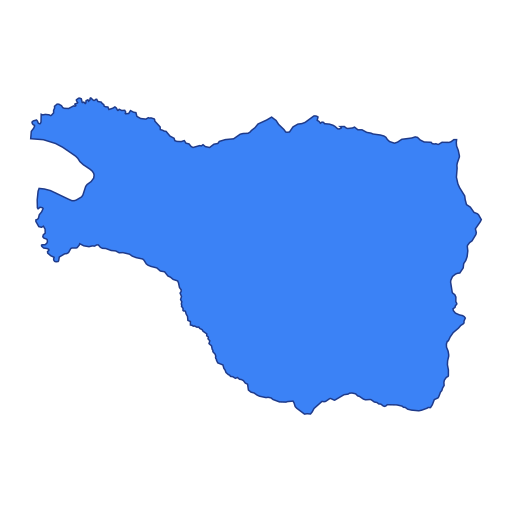 the district of Chaguaní, Cundinamarca, Colombia
{"feature_id": "7082276B58224372670541", "entity_name": "Chaguaní", "entity_type": "district", "adm_level": 2, "iso_a3": "COL", "parent_name": "Colombia", "parent_adm1": "Cundinamarca", "projection": "mercator", "projection_center": [-74.667, 4.95], "detail": "fine", "context": "isolated", "style": "filled", "palette": "blue", "viewbox_px": 512, "rotation_deg": 0, "n_neighbors": 0, "source": "geoboundaries", "source_scale": "gbopen_adm2", "svg_char_len": 5977}
<svg xmlns="http://www.w3.org/2000/svg" viewBox="0 0 512 512"><path d="M418.8,410.8L421.6,410.2L427.1,408.2L428.1,407.5L430.5,407.6L432.3,404.8L434.3,399.6L438.0,397.9L438.7,396.8L440.5,392.1L441.8,390.6L442.6,388.0L444.1,385.5L443.9,382.3L444.4,380.1L446.3,377.4L448.1,376.4L448.4,375.5L448.4,370.0L447.4,364.7L447.6,360.8L448.7,356.2L448.7,354.7L448.1,351.1L446.5,347.2L446.4,344.0L447.3,341.3L448.3,340.9L450.2,336.9L453.2,332.6L458.5,328.1L460.7,325.5L463.3,323.8L464.0,322.9L464.0,321.1L465.3,318.1L464.3,316.7L462.6,315.6L459.4,314.9L455.4,313.1L453.4,310.7L453.0,308.8L455.0,307.4L455.4,305.7L456.7,304.3L456.8,303.5L455.8,301.6L455.9,297.1L454.8,294.7L452.6,293.0L452.2,292.2L450.6,282.1L450.8,280.3L452.5,276.5L455.5,274.1L457.5,273.3L459.8,273.0L463.2,267.9L463.7,263.6L465.8,260.4L467.1,256.7L467.8,250.9L467.3,246.5L467.5,245.4L469.6,242.6L472.0,240.9L475.9,234.5L476.3,232.6L475.4,228.8L480.3,221.7L481.3,219.6L478.5,214.7L477.3,213.7L474.0,212.4L470.3,207.1L466.5,204.6L465.2,199.7L464.7,195.9L459.6,187.7L457.9,183.9L456.4,177.2L457.1,168.3L456.9,165.2L457.3,163.0L459.4,156.9L459.4,155.8L458.3,150.5L456.6,146.1L456.3,142.6L456.6,139.6L453.9,139.6L451.1,141.7L449.1,142.4L442.0,142.3L438.5,144.4L437.8,144.4L435.8,143.7L435.0,144.0L432.9,143.8L432.1,143.5L431.1,142.3L424.2,142.0L420.2,140.0L417.5,137.4L415.2,136.9L411.8,138.0L401.8,139.3L397.6,142.1L394.5,143.2L389.6,141.6L387.4,139.6L385.9,137.3L383.9,136.0L380.3,135.0L373.0,134.0L370.9,133.1L366.8,132.4L362.0,129.8L357.9,129.8L354.5,127.1L352.5,128.0L347.7,128.5L346.5,128.2L344.3,126.5L340.3,126.6L341.3,127.3L341.2,128.1L339.2,129.0L337.7,128.8L334.8,126.3L332.9,125.2L329.4,124.1L324.5,123.7L323.6,122.4L322.0,122.1L320.4,123.2L319.1,121.5L317.2,120.3L318.0,117.0L316.7,116.2L315.0,115.9L313.8,116.0L305.1,122.4L301.9,123.6L297.9,124.1L293.0,126.9L289.5,132.0L287.0,132.3L285.7,132.0L283.9,129.5L278.6,124.4L276.1,120.5L271.6,117.1L266.7,120.0L258.0,124.0L255.0,127.7L251.5,130.4L249.9,132.2L248.0,133.3L243.1,133.5L240.2,134.2L233.6,138.8L225.3,139.6L219.3,141.4L217.8,143.5L213.9,144.2L209.6,147.5L205.3,146.6L203.0,144.7L201.4,145.9L199.6,145.6L193.0,147.5L191.1,146.5L189.0,143.9L186.0,143.2L184.3,140.6L181.2,141.6L176.8,141.4L174.8,140.6L174.1,138.3L170.0,136.1L166.1,131.4L164.2,131.1L162.5,130.2L160.3,129.6L160.1,126.9L154.8,121.1L154.7,119.8L154.2,118.9L151.0,117.9L149.6,118.1L148.3,117.7L145.9,119.1L140.6,118.5L136.9,116.4L135.9,112.6L133.5,112.2L130.5,110.6L128.7,113.5L125.7,113.8L125.3,113.5L125.7,112.0L124.7,110.3L121.7,110.5L119.2,109.3L118.2,110.4L117.6,110.4L116.3,108.0L114.9,106.9L112.8,108.2L108.9,109.5L107.9,107.0L105.6,106.8L104.2,106.2L103.7,104.5L102.3,103.6L101.2,102.1L97.9,101.5L96.7,99.3L95.9,99.3L94.5,100.4L93.5,100.4L90.8,97.9L90.1,98.3L90.0,99.8L88.6,101.2L87.9,99.8L86.1,100.6L85.8,103.0L85.2,103.5L83.8,102.1L82.7,102.6L82.2,102.4L81.3,98.8L79.7,98.1L78.6,98.2L76.4,99.8L76.4,100.5L77.7,102.7L77.2,103.2L75.0,103.9L74.9,104.5L75.8,105.3L75.8,105.7L74.9,106.2L73.6,105.9L68.6,108.5L64.2,108.3L62.7,107.6L61.5,105.7L58.9,104.2L57.1,104.1L54.5,106.3L54.6,108.1L53.6,110.3L53.6,112.9L51.3,115.4L50.6,115.6L49.0,114.8L45.3,114.4L42.6,114.9L41.2,114.3L41.0,122.0L40.3,123.6L39.5,123.8L38.3,123.2L37.4,121.0L36.5,120.0L33.6,120.8L32.3,121.6L32.0,122.7L32.5,123.8L33.3,124.8L34.5,125.3L34.6,126.0L33.8,128.0L31.3,131.4L30.7,138.7L43.4,139.7L55.6,143.5L62.6,147.2L75.7,156.2L77.8,158.3L79.9,161.6L83.4,164.8L90.0,169.2L92.3,171.2L93.7,173.4L94.1,175.2L93.7,178.1L91.1,181.6L87.1,184.5L85.7,186.4L82.9,195.0L81.6,196.9L76.2,200.1L74.2,200.7L71.9,200.7L68.5,199.2L50.5,190.6L44.4,189.0L39.1,188.4L38.1,191.2L37.2,199.9L37.4,207.8L38.1,208.8L40.0,207.3L40.6,207.3L42.6,207.8L43.1,208.6L41.6,211.9L39.3,214.7L38.4,218.3L37.4,219.4L35.9,219.9L35.9,221.5L38.8,226.6L41.5,227.3L43.4,226.2L45.1,229.1L45.2,233.1L43.3,234.8L42.8,236.8L43.9,238.1L46.6,239.1L47.2,239.7L47.4,241.9L46.8,243.2L45.1,244.7L42.0,244.8L41.5,245.2L41.7,246.2L43.6,248.0L47.3,248.6L48.8,249.4L48.8,250.4L47.5,251.6L47.7,253.1L50.7,255.7L54.1,257.3L53.6,259.1L53.9,260.4L54.7,261.4L56.1,261.8L58.1,261.5L58.6,260.8L59.3,257.0L64.7,253.8L66.7,253.6L68.5,252.6L70.8,248.5L72.0,248.0L76.1,248.0L77.2,247.6L79.3,245.0L79.7,243.7L83.8,245.8L89.0,246.7L92.3,245.9L94.6,246.1L96.7,244.9L98.3,244.9L100.4,247.3L102.4,248.3L105.8,248.5L111.2,250.5L115.6,250.9L119.2,252.8L122.9,252.6L129.6,254.2L132.2,256.1L136.1,257.6L142.6,259.0L143.9,260.1L146.3,263.9L148.0,265.2L150.9,266.4L156.8,267.9L160.3,271.0L164.6,271.8L167.9,276.0L170.5,277.2L173.1,279.4L177.6,280.9L178.5,282.9L179.5,287.6L181.2,289.9L181.1,291.6L180.1,293.1L181.5,296.5L180.6,299.6L181.8,301.8L181.3,304.0L181.8,305.1L181.5,306.3L183.0,308.3L183.0,310.5L183.8,311.0L184.8,310.9L185.5,311.6L186.1,313.9L187.5,316.4L187.9,320.4L190.4,321.5L190.4,325.0L192.5,325.5L193.2,326.2L194.6,326.0L196.9,327.2L198.8,327.1L199.7,328.4L202.2,329.7L203.0,331.2L206.8,333.9L206.7,335.8L208.2,336.9L208.4,337.7L208.0,338.8L209.8,340.8L209.0,343.6L211.5,345.8L212.2,349.3L212.9,350.3L212.9,351.7L215.2,354.3L215.8,356.3L215.5,357.1L215.8,358.6L216.5,359.4L216.5,360.3L217.8,362.9L222.9,364.9L223.9,368.4L225.1,370.1L226.0,372.5L228.3,374.6L229.7,375.2L230.5,376.4L232.8,376.7L235.4,378.3L237.4,377.5L239.6,379.3L241.3,379.5L243.4,380.6L245.3,383.1L247.6,384.2L248.4,390.0L250.9,392.1L254.1,393.0L257.1,395.1L259.5,396.2L266.0,397.6L268.1,397.3L271.0,397.9L273.0,399.5L279.4,401.9L286.0,402.1L287.4,401.6L293.0,401.1L294.0,402.8L295.2,406.6L296.8,408.3L304.5,414.1L307.1,413.7L310.5,414.0L312.2,411.9L314.0,408.5L322.0,401.4L324.1,401.7L325.6,401.4L329.7,398.6L330.7,398.5L334.4,400.2L335.0,400.0L344.0,394.7L348.1,394.1L349.5,393.2L352.0,393.0L355.6,393.8L357.7,395.9L359.5,396.4L363.4,399.1L365.5,399.8L370.1,399.5L371.1,399.7L374.3,402.0L377.0,402.5L378.7,403.9L380.8,404.1L383.3,406.0L384.7,406.4L385.9,405.9L387.3,404.7L396.8,404.9L402.0,406.1L403.5,407.3L405.2,407.4L407.7,409.2L411.5,410.1L418.8,410.8Z" fill="#3b82f6" stroke="#1e3a8a" stroke-width="1.5"/></svg>